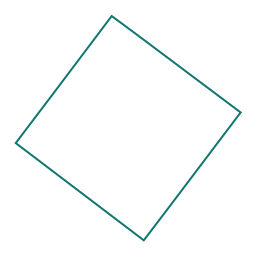 Cuming, Nebraska, United States of America, rotated 307°
{"feature_id": "52423323B98097136535369", "entity_name": "Cuming", "entity_type": "district", "adm_level": 2, "iso_a3": "USA", "parent_name": "United States of America", "parent_adm1": "Nebraska", "projection": "orthographic", "projection_center": [-96.807, 41.916], "detail": "fine", "context": "isolated", "style": "outline", "palette": "teal", "viewbox_px": 256, "rotation_deg": 307, "n_neighbors": 0, "source": "geoboundaries", "source_scale": "gbopen_adm2", "svg_char_len": 254}
<svg xmlns="http://www.w3.org/2000/svg" viewBox="0 0 256 256"><g transform="rotate(307 128 128)"><path d="M47.8,208.2L87.1,208.4L208.2,208.6L207.9,81.9L207.6,47.6L115.6,47.6L48.4,47.4L47.8,208.2Z" fill="none" stroke="#0f766e" stroke-width="2"/></g></svg>